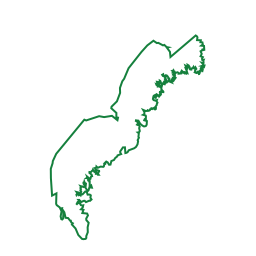 the district of Kariba Urban, Mashonaland West, Zimbabwe, rotated 310°
{"feature_id": "62879985B80856032780976", "entity_name": "Kariba Urban", "entity_type": "district", "adm_level": 2, "iso_a3": "ZWE", "parent_name": "Zimbabwe", "parent_adm1": "Mashonaland West", "projection": "albers", "projection_center": [28.813, -16.528], "detail": "fine", "context": "isolated", "style": "outline", "palette": "green", "viewbox_px": 256, "rotation_deg": 310, "n_neighbors": 0, "source": "geoboundaries", "source_scale": "gbopen_adm2", "svg_char_len": 5973}
<svg xmlns="http://www.w3.org/2000/svg" viewBox="0 0 256 256"><g transform="rotate(310 128 128)"><path d="M62.1,89.6L54.3,91.7L52.5,92.9L47.1,95.1L40.0,101.2L27.4,113.3L31.9,115.2L23.7,121.7L23.1,123.0L23.3,126.7L22.6,128.2L23.0,128.0L24.2,129.1L17.0,133.2L15.3,135.5L15.6,136.4L16.9,136.5L22.9,132.0L22.5,133.4L19.1,137.9L20.5,140.0L19.8,143.3L20.2,143.8L19.2,145.2L19.5,147.0L18.0,147.1L17.3,152.4L14.1,158.7L13.5,164.1L14.2,165.3L15.8,166.8L17.0,166.7L18.4,165.5L22.3,164.2L26.0,160.9L30.1,158.8L30.7,155.2L31.8,154.2L35.3,153.5L36.2,151.7L33.5,147.7L36.7,146.5L35.5,144.3L38.1,144.4L40.0,143.4L39.1,142.7L38.6,141.4L39.2,140.4L38.9,137.9L36.9,137.8L36.9,137.5L39.0,137.0L40.9,137.4L41.1,136.3L41.6,136.9L40.7,138.0L41.4,138.5L41.1,139.7L43.6,140.8L44.4,141.6L44.2,143.4L47.7,145.2L47.8,145.7L49.8,146.0L50.4,144.0L52.5,142.8L52.4,141.5L51.0,139.9L52.5,137.5L52.0,136.1L47.9,135.8L47.3,134.7L46.0,135.1L46.1,134.5L45.1,133.7L45.8,133.3L45.4,131.9L43.5,131.8L43.8,131.3L45.5,131.2L45.9,129.7L47.3,132.7L48.5,133.3L49.3,133.0L49.7,131.5L50.9,131.3L51.4,130.1L52.6,130.1L53.0,128.9L54.3,132.0L55.6,132.1L57.2,131.2L56.7,130.6L57.7,130.4L57.0,128.3L57.7,129.5L58.8,129.0L58.2,130.0L58.4,131.5L54.9,133.8L53.9,137.7L54.9,137.8L57.7,136.6L59.1,138.7L60.4,136.6L58.7,136.1L62.6,132.9L62.2,132.5L62.9,131.8L62.3,131.1L63.2,130.3L63.5,129.0L63.0,128.4L64.1,128.6L64.5,127.9L64.5,131.7L64.8,131.9L66.8,131.0L67.5,130.9L68.0,131.4L68.9,130.1L68.8,127.3L69.5,126.8L70.2,127.9L72.3,128.0L72.6,128.4L73.5,128.0L72.8,130.5L74.2,130.6L73.9,131.2L74.4,131.6L72.5,132.8L73.0,133.1L72.8,134.9L73.3,135.5L73.4,135.0L74.5,133.9L76.2,133.8L76.6,133.4L75.6,130.9L75.0,130.4L75.5,129.4L76.4,129.2L76.2,128.5L77.3,129.2L78.2,128.6L78.1,130.4L80.9,131.9L82.3,134.0L83.0,134.2L85.0,133.2L85.9,133.7L86.3,133.5L86.0,132.7L88.3,132.9L88.6,134.5L87.7,137.1L88.7,138.1L92.0,136.5L94.5,137.8L96.8,137.5L99.3,138.0L100.3,137.6L103.6,139.5L104.2,137.9L105.0,137.1L109.9,136.6L111.2,138.1L107.1,142.1L108.2,142.9L109.6,143.2L111.4,142.9L116.5,145.8L118.7,146.3L121.6,145.8L124.4,144.2L124.9,143.2L127.6,142.6L127.9,141.7L130.9,139.7L130.9,138.4L131.8,139.2L133.2,139.0L135.1,136.6L136.6,136.1L137.4,134.2L136.7,133.8L136.4,132.8L137.1,132.8L137.2,133.7L138.3,133.1L139.0,130.5L138.5,129.5L139.0,129.2L139.8,130.5L139.1,131.1L140.2,131.5L139.1,134.7L139.1,137.5L139.5,139.3L140.9,140.4L142.5,140.2L145.5,138.0L145.7,136.2L144.9,136.7L144.5,135.8L144.9,135.8L144.8,135.3L145.7,135.1L146.7,135.6L148.5,134.2L148.9,133.6L147.8,131.1L149.1,131.6L151.3,129.9L151.2,129.1L150.5,128.6L151.3,128.8L151.6,128.0L152.4,130.6L153.8,132.1L154.3,131.8L154.7,132.9L155.7,133.3L156.6,132.9L157.6,133.7L158.9,132.7L158.0,133.8L158.1,134.4L160.1,135.0L159.4,135.3L159.6,136.8L160.5,137.1L161.7,136.2L161.9,135.4L164.2,135.2L164.7,134.7L166.4,134.3L166.8,132.6L167.6,132.3L166.9,132.0L165.9,129.8L166.0,129.0L166.8,128.5L165.8,128.7L167.2,127.9L167.2,128.3L168.3,128.4L168.1,126.8L168.6,127.5L169.2,127.0L169.8,127.2L169.1,129.7L170.0,129.2L169.8,129.5L170.8,129.5L171.4,127.9L172.3,128.2L172.0,131.6L172.6,131.6L173.2,130.7L174.0,130.7L173.7,131.3L174.1,131.7L175.2,131.5L176.1,130.1L175.8,129.5L176.1,129.3L178.2,132.0L178.5,131.8L178.8,130.8L177.6,128.6L178.7,129.9L179.8,127.9L181.8,127.0L181.2,125.7L180.0,125.9L179.8,125.5L180.5,124.7L179.0,124.0L179.4,123.6L179.3,122.1L179.6,121.6L180.0,123.9L180.9,123.7L180.0,123.1L180.1,122.5L180.6,122.9L181.7,122.7L181.7,123.5L182.4,123.4L182.6,122.5L181.5,121.2L182.0,120.5L182.8,121.9L184.0,122.6L184.7,121.9L184.8,122.5L182.7,126.2L184.1,126.6L184.5,126.3L185.1,128.0L185.8,127.8L186.3,127.2L186.4,125.1L187.6,128.4L188.4,128.5L188.0,126.9L188.5,126.3L189.2,126.7L189.5,125.9L188.7,125.5L189.0,125.0L189.5,125.3L190.4,124.0L190.4,124.7L191.1,123.9L190.3,121.3L190.7,120.0L191.8,120.4L190.9,121.5L191.8,123.0L192.8,123.1L192.9,123.4L192.3,123.3L192.3,123.7L193.0,125.2L192.4,127.0L192.0,127.1L192.4,127.9L191.9,128.3L190.0,128.8L189.7,128.2L190.9,131.9L191.3,130.5L192.7,132.5L193.2,132.5L193.2,129.5L193.9,131.7L195.4,130.0L196.8,131.6L196.4,131.4L195.6,132.3L197.1,132.2L197.1,130.8L197.8,130.5L197.4,130.0L197.9,129.2L197.7,128.2L198.8,128.0L199.1,128.9L198.8,129.5L199.5,129.3L199.3,127.7L199.8,127.2L199.2,126.5L199.8,126.2L200.0,127.6L200.3,127.6L200.3,125.2L200.8,125.5L200.5,125.7L200.7,125.9L201.4,125.8L200.8,127.0L201.1,127.5L200.3,128.6L202.5,130.1L202.8,131.8L202.3,132.0L204.2,133.9L205.3,133.7L204.9,132.8L205.4,132.5L205.7,132.8L206.4,132.5L206.3,134.7L206.0,134.8L206.1,135.4L206.5,134.8L207.0,135.0L207.5,136.1L207.1,136.1L207.3,137.8L208.3,137.4L208.4,137.9L209.6,136.0L210.6,135.5L210.2,134.8L211.0,133.4L211.6,134.0L212.7,132.0L212.9,133.0L212.1,135.0L213.7,134.9L213.6,134.4L214.7,133.1L214.9,134.3L214.2,136.2L212.9,137.3L212.8,138.0L213.5,139.0L214.6,138.5L215.5,139.1L216.8,138.9L216.1,140.1L216.4,140.6L217.9,140.5L217.2,142.3L215.8,142.2L215.2,142.8L215.6,142.0L214.4,143.2L213.6,143.3L214.1,145.1L214.8,145.6L215.2,145.1L216.1,145.3L216.3,145.8L214.4,148.4L215.8,147.0L215.5,147.5L216.2,147.6L217.6,146.8L217.8,146.2L219.6,146.4L219.3,147.8L219.8,147.7L219.8,148.2L220.8,147.7L220.7,146.5L221.3,146.8L220.5,146.3L220.5,145.4L221.0,145.3L221.6,145.8L221.7,146.7L222.0,146.5L223.2,147.2L224.1,146.8L223.1,146.5L223.6,145.9L222.9,144.6L224.9,145.8L225.4,142.9L225.9,144.1L226.4,144.1L228.0,142.5L228.9,142.2L227.8,141.3L228.6,140.2L230.4,139.8L229.6,137.5L232.2,136.8L233.4,134.3L235.5,135.0L236.5,133.9L235.8,135.4L236.9,136.2L239.7,133.5L238.2,131.2L240.1,131.6L241.4,130.0L240.3,128.3L242.0,127.4L239.7,124.4L242.0,123.0L242.5,122.1L242.4,120.4L209.7,114.9L213.3,111.2L214.5,106.3L215.6,107.0L214.8,105.5L215.0,102.4L213.8,101.7L212.7,96.5L211.6,95.5L211.2,91.4L203.7,89.7L194.9,89.4L174.2,90.0L163.2,93.4L160.1,93.6L153.5,96.1L149.8,99.4L141.3,102.4L133.8,101.7L132.4,102.5L132.1,109.4L128.7,112.2L129.5,113.7L127.2,114.9L127.0,107.9L121.0,102.7L118.5,98.3L106.9,91.1L106.3,89.2L62.1,89.6Z" fill="none" stroke="#15803d" stroke-width="2"/></g></svg>